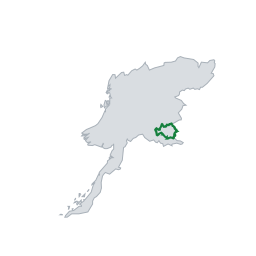 Kengtung, Shan, Myanmar shown in context, rotated 46°
{"feature_id": "60261553B37663404803056", "entity_name": "Kengtung", "entity_type": "district", "adm_level": 2, "iso_a3": "MMR", "parent_name": "Myanmar", "parent_adm1": "Shan", "projection": "orthographic", "projection_center": [99.278, 21.371], "detail": "fine", "context": "in_parent", "style": "outline", "palette": "green", "viewbox_px": 256, "rotation_deg": 46, "n_neighbors": 0, "source": "geoboundaries", "source_scale": "gbopen_adm2", "svg_char_len": 7368}
<svg xmlns="http://www.w3.org/2000/svg" viewBox="0 0 256 256"><g transform="rotate(46 128 128)"><path d="M165.9,115.2L163.4,113.9L161.5,115.1L158.6,114.6L158.9,117.2L157.3,118.0L154.4,117.8L152.6,121.6L146.6,122.6L142.6,121.8L140.4,125.2L140.2,129.1L139.1,131.4L139.5,135.5L136.9,136.5L135.4,136.2L136.2,138.1L138.2,138.9L139.4,143.1L139.0,144.8L147.2,154.5L149.6,162.1L151.6,161.0L152.2,161.8L151.4,163.8L148.9,165.3L148.4,173.3L144.3,175.2L144.4,177.9L144.9,179.8L148.5,185.1L152.7,188.8L155.0,192.7L155.4,198.3L154.8,200.7L155.9,204.1L158.1,206.3L160.5,215.2L155.6,223.0L150.6,228.2L149.9,233.6L148.3,235.4L147.6,233.7L147.2,228.0L149.6,224.4L150.4,217.4L152.0,215.9L151.2,215.2L149.2,215.7L149.9,210.0L148.8,209.8L149.7,208.6L148.6,199.1L144.8,192.4L144.3,189.5L143.7,193.4L143.3,192.7L143.2,187.4L141.0,181.7L141.3,181.2L142.3,181.7L141.3,180.4L140.6,180.6L139.9,179.2L138.9,167.3L137.4,165.6L138.0,160.5L139.1,159.2L135.1,159.7L133.3,155.3L133.2,152.9L129.4,149.3L130.0,150.4L129.3,151.6L129.9,153.6L128.3,157.4L126.6,159.1L124.5,159.7L122.8,158.6L122.5,156.6L121.8,156.6L123.3,160.4L116.9,163.5L115.9,165.8L112.6,168.7L111.6,168.2L112.2,164.2L110.2,167.4L107.5,167.4L107.1,163.1L105.9,165.6L104.4,166.3L105.0,159.2L104.5,161.2L101.9,164.0L99.5,164.8L100.2,159.0L103.7,149.8L104.0,146.7L102.4,139.3L99.7,132.9L100.6,132.8L98.7,131.0L98.5,126.3L97.3,128.0L97.1,130.9L94.7,129.3L92.4,125.2L93.4,124.8L96.1,126.8L97.6,125.8L98.1,124.5L93.9,120.4L95.0,118.9L93.6,118.8L90.1,116.8L89.0,117.1L89.4,118.8L88.6,119.3L87.3,116.7L88.4,115.4L87.5,115.4L88.2,113.1L87.8,112.8L86.0,115.7L85.1,115.0L86.2,113.5L85.8,112.6L84.3,110.8L84.4,113.9L80.8,108.8L78.9,101.9L80.6,100.3L83.5,102.4L83.6,94.1L84.9,92.3L87.8,93.9L88.7,91.9L89.9,91.4L89.4,85.6L90.5,81.9L92.5,81.4L93.1,78.4L93.5,74.4L92.7,69.9L94.5,71.0L96.5,70.7L101.2,72.4L103.2,67.2L107.9,58.8L106.3,56.8L106.7,55.6L110.7,51.2L112.8,47.3L112.0,43.6L113.0,40.7L116.5,39.0L124.3,33.2L130.0,32.5L132.3,34.8L133.8,35.1L131.6,29.5L136.4,25.5L136.3,22.2L138.6,18.8L139.9,18.9L141.0,20.6L142.2,20.6L144.4,23.2L146.4,30.1L148.0,28.9L150.1,29.9L150.9,40.1L150.4,46.1L149.1,47.5L150.0,49.9L148.0,50.8L146.6,53.1L144.6,53.3L143.1,56.6L141.1,57.0L139.9,59.6L140.2,61.5L138.5,62.6L137.9,65.9L139.3,67.3L139.8,69.1L138.2,72.8L139.5,72.9L145.2,70.5L149.1,71.0L151.9,70.4L150.1,72.9L151.8,76.2L152.1,81.3L158.1,82.8L159.1,84.1L157.8,85.7L155.7,93.9L163.6,95.0L163.9,98.2L165.6,99.3L165.8,101.1L166.9,101.7L171.2,101.5L173.7,99.3L176.9,98.4L177.1,100.2L176.4,101.5L172.8,103.4L170.4,107.2L170.3,108.0L171.4,108.7L167.3,110.3L165.9,115.2ZM95.0,123.0L97.5,124.6L97.0,125.8L95.3,125.8L94.2,123.7L95.0,123.0ZM145.5,204.7L147.2,207.1L145.5,208.7L145.5,204.7ZM94.4,133.3L93.1,132.4L92.2,131.1L95.0,131.2L94.4,133.3ZM147.9,214.9L148.0,218.0L146.9,217.7L146.2,215.1L147.9,214.9ZM103.3,164.9L101.5,166.9L101.3,165.2L103.8,162.7L103.3,164.9ZM137.4,162.9L136.3,162.2L136.2,160.4L137.0,159.9L137.7,160.8L137.4,162.9ZM144.4,218.7L144.2,217.6L145.3,215.1L145.1,217.3L144.4,218.7ZM143.8,224.4L145.2,226.8L145.0,227.2L143.6,225.4L142.8,225.5L143.8,224.4ZM148.9,213.1L147.4,213.8L147.3,211.7L148.9,213.1ZM145.2,235.2L143.2,237.2L143.4,236.1L145.2,235.2ZM86.8,117.0L87.5,119.6L86.4,116.5L86.8,117.0ZM145.6,199.8L145.5,201.7L145.0,198.6L145.6,199.8ZM92.6,119.0L92.8,120.6L91.8,118.3L92.6,119.0ZM143.5,210.9L142.3,209.9L142.7,209.2L143.3,209.4L143.5,210.9ZM142.7,208.1L141.9,209.4L141.2,208.6L141.8,208.0L142.7,208.1ZM142.8,215.7L142.8,216.8L142.0,214.2L142.8,215.7ZM106.0,167.3L105.2,167.3L106.3,166.0L106.4,166.5L106.0,167.3ZM148.1,224.7L147.4,224.5L147.9,223.2L148.1,224.7Z" fill="#d9dde1" stroke="#a8b0b8" stroke-width="1"/><path d="M148.1,109.6L148.5,109.7L148.7,109.9L148.9,110.1L149.1,110.1L149.3,109.9L149.5,110.0L149.9,110.0L150.1,109.9L150.2,110.0L150.3,110.2L150.3,110.3L150.4,110.5L150.5,110.5L150.5,110.4L151.0,110.7L151.2,110.8L151.3,110.8L151.4,111.0L151.5,111.0L151.8,111.2L151.9,111.4L152.0,111.5L152.5,111.7L152.6,111.8L152.8,112.1L153.0,112.1L153.5,112.1L153.8,111.9L153.8,111.6L153.8,111.4L153.8,111.2L154.0,110.9L154.0,110.7L154.0,110.3L153.9,110.2L153.9,109.9L153.8,109.7L153.7,109.7L153.8,109.2L154.0,108.9L154.1,108.6L154.1,108.2L154.3,108.1L154.4,107.9L154.4,107.7L154.5,107.6L154.5,107.4L154.6,107.2L154.8,107.2L155.0,107.3L155.2,107.2L155.4,107.3L155.5,107.2L155.8,107.2L156.3,107.3L156.4,107.2L156.7,107.3L156.8,107.4L156.8,107.5L156.9,107.4L157.0,107.5L157.3,107.5L157.5,107.5L157.7,107.3L158.0,107.4L158.4,107.3L158.8,107.4L160.4,107.4L160.6,107.4L160.9,107.2L161.1,107.0L161.3,106.9L161.6,106.5L161.6,106.4L161.8,106.6L162.0,106.7L162.3,107.0L162.5,107.1L162.8,107.2L162.8,107.3L162.9,107.2L163.1,107.0L163.2,106.7L163.3,106.5L163.4,106.4L163.5,106.3L163.5,106.0L163.6,105.9L163.5,105.6L163.7,105.3L163.7,105.1L163.8,104.8L164.0,104.6L164.1,104.4L164.3,104.2L164.2,104.2L164.3,103.9L164.5,103.9L164.7,103.7L164.9,103.7L165.1,103.4L165.3,103.3L165.4,103.2L165.5,103.2L165.8,103.1L166.0,103.1L166.3,103.0L166.6,102.8L166.6,102.7L166.8,102.7L167.0,102.6L167.0,102.4L166.9,102.3L167.0,102.2L166.9,102.0L166.9,101.9L166.7,101.9L166.4,101.7L166.4,101.4L166.2,101.3L165.9,101.1L165.9,100.8L165.8,100.6L165.9,100.4L165.7,100.2L166.0,99.9L166.0,99.7L166.4,99.5L166.4,99.4L166.2,99.1L165.9,98.9L165.7,98.8L165.5,99.0L165.3,99.0L165.1,99.1L165.1,99.3L165.0,99.2L164.9,99.2L164.9,98.9L164.7,99.0L164.4,98.8L164.3,98.7L164.2,98.4L164.2,98.2L164.0,97.7L163.9,97.6L163.9,97.4L163.9,97.2L163.9,96.9L164.1,96.8L164.1,96.7L164.1,96.4L164.3,96.3L164.3,96.2L164.4,95.8L164.5,95.7L164.4,95.5L164.3,95.3L164.2,95.1L164.0,94.9L164.2,94.7L163.9,94.7L163.6,94.7L163.2,94.5L163.1,94.8L163.0,95.0L162.9,95.1L162.7,95.0L162.7,94.9L162.4,94.7L162.1,94.7L161.9,94.5L161.7,94.5L161.4,94.6L161.5,94.7L161.5,94.8L161.4,94.9L161.2,94.9L161.2,94.5L160.9,94.5L160.8,94.3L160.7,94.2L160.4,94.2L160.1,94.0L159.8,94.2L159.7,94.0L159.4,94.1L159.0,94.0L159.0,93.9L158.9,93.9L158.6,93.9L158.5,94.0L158.4,94.1L158.2,94.1L157.9,94.2L157.6,94.1L157.5,94.3L157.3,94.2L157.2,94.2L157.1,94.3L157.0,94.2L156.9,94.2L156.7,94.1L156.3,94.0L155.9,93.9L155.5,93.6L155.4,93.6L155.0,93.5L154.9,93.6L154.9,93.8L155.1,93.9L155.2,94.0L154.9,94.0L154.7,94.1L154.6,94.5L154.6,95.0L154.4,95.0L154.0,95.3L153.9,95.4L153.9,95.5L154.1,95.7L154.1,95.9L154.3,96.0L154.3,96.3L154.2,96.3L154.0,96.7L154.0,97.0L153.9,97.1L153.7,96.9L153.6,97.0L153.3,97.2L153.2,97.4L152.8,97.5L152.6,97.7L152.7,97.8L152.7,98.0L152.9,98.1L153.0,98.3L153.1,98.6L153.0,98.8L153.2,99.2L153.1,99.3L153.3,99.5L153.1,99.7L153.0,99.9L152.9,99.9L152.9,100.2L152.7,100.2L152.7,100.3L152.6,100.5L152.3,100.6L152.3,100.9L152.4,101.0L152.2,101.4L152.0,101.5L151.7,101.4L151.1,101.2L150.8,101.1L150.5,101.1L150.3,101.1L150.1,101.0L149.9,100.9L149.6,100.7L149.4,100.6L149.2,100.6L148.8,100.7L148.8,100.8L148.7,100.9L148.7,101.0L148.8,101.3L149.0,101.6L149.1,101.9L149.3,102.1L149.4,102.3L149.7,102.4L149.8,102.5L149.9,102.8L149.9,103.2L149.8,103.3L149.9,103.5L150.0,103.6L150.1,103.8L150.2,104.2L150.3,104.3L150.3,104.5L150.3,105.0L150.3,105.3L150.5,105.6L150.8,105.8L151.2,106.0L151.4,106.2L151.4,106.3L150.9,107.0L150.6,107.3L150.2,107.3L150.1,107.2L149.9,107.2L149.7,107.2L149.6,107.3L149.3,107.6L149.0,107.6L148.9,107.7L148.6,107.6L148.4,107.6L148.1,107.6L148.1,107.8L147.9,108.0L147.9,108.4L147.9,108.5L148.0,108.7L148.0,108.8L148.0,109.1L148.0,109.5L148.1,109.6Z" fill="none" stroke="#15803d" stroke-width="2"/></g></svg>